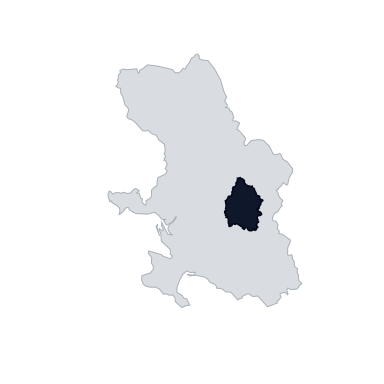 Ukraine, with Poltava highlighted, rotated 53°
{"feature_id": "UKR-330", "entity_name": "Poltava", "entity_type": "Region", "adm_level": 1, "iso_a3": "UKR", "parent_name": "Ukraine", "parent_adm1": "", "projection": "albers", "projection_center": [33.89, 49.646], "detail": "fine", "context": "in_parent", "style": "filled", "palette": "ink", "viewbox_px": 384, "rotation_deg": 53, "n_neighbors": 0, "source": "natural_earth", "source_scale": "10m", "svg_char_len": 8725}
<svg xmlns="http://www.w3.org/2000/svg" viewBox="0 0 384 384"><g transform="rotate(53 192 192)"><path d="M255.0,255.1L259.0,261.1L262.4,264.1L264.1,264.2L268.6,262.0L271.6,262.6L274.2,260.6L281.0,261.8L279.1,265.6L278.2,269.6L269.5,271.3L266.2,269.1L262.7,269.3L260.9,272.1L257.5,274.2L256.4,276.4L250.1,276.4L246.0,278.4L242.8,282.8L239.3,285.5L236.5,286.4L232.2,285.3L228.7,282.4L231.5,274.1L230.5,269.6L227.8,267.4L224.4,267.2L219.9,263.5L214.8,263.9L213.1,262.1L223.7,254.1L226.0,253.7L232.4,249.4L231.3,245.9L228.6,246.8L224.8,244.0L212.8,246.0L205.7,241.6L202.3,241.1L201.5,240.0L205.0,239.2L205.3,237.6L200.5,236.5L198.0,234.5L211.1,236.7L214.7,233.4L211.0,234.5L207.4,233.7L206.0,232.6L204.5,229.2L204.5,224.5L203.0,220.3L201.8,218.9L204.1,225.8L203.2,232.4L197.7,231.8L198.3,229.2L195.6,232.6L191.2,232.6L185.6,234.1L183.0,240.7L175.4,249.9L168.6,252.7L166.4,252.1L165.4,252.8L164.8,255.6L165.9,257.1L166.5,261.8L166.1,263.8L163.9,261.0L161.2,259.7L158.2,259.9L152.6,262.2L150.7,261.6L150.8,263.0L150.2,263.4L145.2,261.7L143.0,260.2L141.5,257.6L143.2,256.6L146.3,256.4L146.5,252.9L150.7,248.8L151.0,246.8L154.6,244.3L155.8,241.4L154.8,236.9L155.4,234.7L159.3,233.4L159.3,236.8L160.2,236.5L161.1,234.8L166.1,236.7L167.7,235.7L169.7,238.1L173.6,237.7L174.6,236.6L171.3,233.7L171.9,229.3L170.9,226.8L166.2,223.3L165.4,219.4L166.0,216.0L163.6,214.5L159.9,210.5L161.5,203.8L161.4,201.2L160.4,199.2L157.2,199.3L155.1,195.2L151.3,194.2L150.1,195.5L149.6,194.1L148.3,194.1L148.5,192.5L147.7,191.8L144.5,191.1L143.8,189.5L140.6,187.0L136.5,185.2L134.1,186.5L133.0,186.0L131.2,187.3L125.2,186.4L121.4,189.0L116.3,189.9L115.6,192.0L113.5,194.6L102.3,195.4L97.4,196.9L95.7,198.5L92.7,198.9L88.4,193.2L86.9,192.7L81.9,193.0L74.2,189.9L70.1,189.4L66.2,186.5L64.6,188.2L61.6,189.2L61.6,187.2L60.4,185.1L57.6,184.1L56.9,182.3L54.4,180.7L53.5,176.9L51.6,176.7L52.3,172.9L55.1,170.5L60.3,162.0L64.8,163.5L65.0,162.5L63.2,160.1L64.0,157.2L63.6,151.3L64.7,149.9L70.8,143.7L82.5,133.9L86.5,133.7L88.7,131.1L89.0,129.0L87.8,124.8L89.9,123.7L89.8,123.0L88.4,121.2L87.2,116.6L84.8,111.9L85.3,109.9L84.6,106.9L85.0,104.7L87.7,104.4L89.9,106.0L92.7,104.4L96.7,100.1L107.2,99.9L119.6,101.7L131.7,106.3L137.0,107.2L139.0,111.1L143.5,111.4L144.7,112.2L144.7,114.4L147.2,111.9L149.4,112.9L152.0,111.9L158.0,113.9L158.6,116.0L159.8,116.6L161.7,114.2L165.6,112.4L168.8,118.4L172.0,117.4L181.0,116.8L183.1,118.8L183.4,120.6L186.5,122.1L187.8,120.1L186.6,114.3L187.5,112.1L190.2,107.3L193.6,103.9L202.3,102.7L210.3,104.3L212.7,102.9L213.9,99.1L215.0,98.3L220.4,99.7L225.4,97.7L233.9,97.6L236.6,99.8L239.4,106.3L243.6,111.0L243.4,112.5L239.6,113.4L239.5,114.2L240.7,116.4L241.2,120.9L241.9,121.5L241.0,123.5L245.1,123.9L248.4,125.4L253.6,124.6L255.1,127.9L257.4,128.3L257.5,130.5L259.4,135.8L258.8,138.5L259.1,140.2L261.9,144.2L263.2,144.7L266.4,142.5L269.8,143.1L272.8,146.0L275.7,145.9L277.6,147.6L279.7,145.5L289.6,142.3L292.1,145.0L292.6,146.8L294.2,149.2L299.7,153.4L301.2,152.9L301.5,150.8L302.7,150.1L305.8,152.0L308.8,152.1L313.1,154.9L317.0,153.9L319.1,156.4L321.6,156.6L326.7,159.9L331.3,159.4L331.3,162.9L332.4,164.3L332.4,167.1L329.4,171.8L326.3,173.4L327.5,175.5L331.3,176.7L331.6,177.4L328.4,178.0L327.1,179.7L326.4,183.3L329.5,184.2L330.7,188.4L330.2,189.8L332.0,190.5L329.2,200.8L314.7,202.0L312.1,206.3L307.8,207.9L306.6,209.2L305.6,214.9L306.9,215.9L305.7,218.3L306.1,220.3L295.3,221.3L292.1,225.2L287.4,226.3L283.5,230.3L281.7,229.2L279.6,229.3L275.1,232.0L271.0,231.9L267.8,233.0L260.9,238.9L257.8,244.0L254.7,245.5L259.0,241.4L259.1,239.2L258.1,237.6L255.4,241.7L251.9,243.6L252.1,248.4L255.0,255.1ZM207.5,244.2L197.9,241.5L197.1,238.7L199.1,241.2L207.5,244.2Z" fill="#d9dde1" stroke="#a8b0b8" stroke-width="1"/><path d="M218.5,144.6L219.8,143.9L220.1,143.9L220.6,143.8L220.8,143.8L220.8,143.7L221.1,143.2L221.3,143.0L221.6,142.8L221.9,142.7L222.0,142.6L222.1,142.3L222.3,142.1L222.5,142.0L222.8,141.8L223.1,141.5L223.6,140.4L224.2,140.8L225.6,140.9L225.8,140.9L226.0,140.6L226.2,140.4L226.7,140.3L227.0,140.3L227.3,140.5L227.8,140.8L232.4,141.7L233.6,142.3L233.9,142.3L234.0,142.1L234.4,142.0L235.0,142.0L235.4,141.8L235.4,141.7L234.9,141.4L234.9,141.2L235.0,141.1L235.8,140.8L236.3,140.6L236.5,140.7L236.9,141.2L237.4,141.6L238.5,142.1L238.7,141.7L238.9,141.5L239.0,141.5L239.4,141.6L239.5,141.6L239.6,141.4L239.6,141.2L240.0,141.0L240.3,140.8L240.6,140.7L240.8,140.7L240.9,140.4L241.0,140.4L241.5,140.6L241.6,141.3L241.6,142.5L241.7,142.9L242.1,143.4L242.6,144.0L243.3,144.6L243.4,144.8L243.5,145.0L243.4,145.5L243.3,145.8L243.4,146.5L243.4,146.8L243.6,147.0L243.8,147.0L243.9,146.8L244.1,146.7L244.3,146.8L244.4,147.3L244.6,147.5L244.7,147.8L244.8,147.9L245.4,148.3L245.5,148.4L245.5,148.6L245.5,148.9L245.5,149.1L245.4,149.2L245.2,149.3L244.9,149.3L244.8,149.5L244.8,149.8L244.8,150.0L245.0,150.3L245.0,150.6L245.5,150.4L246.0,150.3L247.5,150.5L248.0,150.5L248.1,150.4L248.4,149.8L248.4,149.7L248.5,149.6L249.0,149.9L249.4,149.8L249.8,149.5L250.2,149.4L251.6,149.7L251.8,150.0L251.8,151.3L251.7,151.9L251.7,152.0L251.0,152.7L250.7,153.2L250.9,153.8L251.0,154.6L251.2,154.8L251.4,155.1L251.5,155.2L251.9,155.4L252.1,155.6L252.3,155.7L252.6,155.8L253.3,155.8L253.5,155.9L253.8,156.3L254.7,156.7L255.0,156.8L255.3,156.6L255.6,156.6L255.9,156.9L256.1,157.1L256.1,157.4L256.1,158.1L256.1,158.5L256.2,158.9L256.3,159.1L256.4,159.3L256.7,159.5L256.8,159.6L256.9,160.1L257.0,160.2L257.4,160.3L257.5,160.4L257.5,160.6L258.5,160.9L258.8,160.9L258.9,160.6L259.0,160.5L259.5,160.5L259.8,161.0L259.6,161.2L259.6,161.3L259.7,161.7L260.4,162.9L260.5,163.3L260.6,163.5L260.4,163.5L260.1,163.6L259.4,163.6L259.3,163.9L259.4,164.0L259.7,164.1L259.9,164.4L260.3,164.6L260.5,164.9L260.4,165.0L260.0,165.1L259.8,165.4L258.9,165.1L258.7,165.2L258.2,165.3L258.1,165.6L258.1,165.9L258.3,166.4L258.4,166.5L258.7,166.7L258.7,166.8L258.7,167.0L258.9,167.3L258.9,167.5L258.5,168.0L258.1,168.7L257.6,169.2L257.4,169.4L256.6,169.9L256.3,169.9L254.7,169.8L254.5,169.7L254.3,169.6L254.1,169.4L253.8,169.3L253.7,169.4L252.9,170.2L252.8,170.5L252.7,170.7L252.6,170.9L252.6,171.0L253.0,171.7L253.2,172.4L253.2,172.7L253.2,172.9L253.1,173.0L252.7,172.7L252.2,172.6L251.9,172.8L251.8,173.2L251.7,173.4L251.5,173.5L251.3,173.5L251.2,173.4L251.2,173.2L251.4,173.0L251.4,172.9L250.8,172.6L250.7,172.6L250.4,172.8L250.0,172.8L249.7,173.0L249.4,173.3L249.1,173.5L247.9,173.9L247.3,174.0L244.6,175.2L244.4,175.2L244.2,175.2L244.2,175.3L244.2,175.6L244.1,175.8L243.9,176.1L243.7,176.3L243.3,176.7L243.2,176.8L243.2,177.0L243.6,177.1L243.4,177.3L243.2,177.4L242.9,177.5L242.7,177.7L242.6,177.9L242.3,178.5L242.2,178.9L242.1,179.0L242.1,179.3L242.1,179.6L242.7,180.2L242.8,180.4L242.8,180.8L242.7,181.0L242.2,181.4L242.2,181.5L242.2,181.8L242.5,182.1L242.5,182.3L242.4,182.4L242.0,182.7L241.6,183.0L241.4,183.0L240.9,182.4L240.4,182.1L239.6,182.0L239.3,181.9L238.9,181.6L238.6,181.6L236.7,180.3L236.6,180.2L236.3,179.7L236.2,179.6L235.9,179.5L235.7,179.4L235.1,179.4L234.9,179.3L234.4,178.9L233.9,178.9L233.9,179.0L233.7,179.1L233.4,179.2L233.1,179.3L232.9,179.9L232.9,180.0L232.7,180.1L232.6,179.8L232.4,179.4L232.1,179.1L231.6,178.9L231.4,178.8L231.2,179.2L231.0,179.3L230.8,179.3L230.7,179.3L230.6,179.1L229.8,178.7L229.4,178.4L228.9,178.2L228.7,178.1L228.4,178.4L228.2,178.4L228.0,178.2L227.7,178.0L227.3,177.4L227.0,177.2L227.2,176.9L227.3,176.8L227.3,176.4L227.6,176.3L227.7,176.2L227.6,175.9L227.1,175.8L227.1,175.7L226.9,175.4L225.5,175.3L225.3,175.1L225.1,174.8L225.0,174.6L224.6,174.0L222.9,172.6L219.1,170.7L219.2,169.6L219.2,169.2L218.5,167.2L218.4,167.1L217.7,166.2L217.5,165.7L217.4,165.5L217.4,165.4L218.1,164.4L218.2,164.2L218.6,164.0L218.7,163.9L218.8,163.3L218.6,162.8L218.5,162.6L218.1,162.3L218.0,162.2L217.9,161.9L217.9,161.2L217.8,160.9L216.1,160.3L215.9,160.1L215.9,159.9L215.9,159.3L215.9,158.9L215.8,158.6L215.3,158.2L215.2,158.2L215.0,158.3L214.9,158.3L214.6,157.9L214.4,157.7L214.2,157.6L213.9,157.7L213.5,157.3L212.9,156.3L212.8,155.9L212.9,155.7L213.0,155.6L213.3,155.7L213.5,155.6L213.5,154.9L213.6,154.2L213.6,153.8L213.6,153.7L213.1,153.4L212.4,151.8L212.2,151.8L211.8,151.8L211.5,151.7L211.2,151.5L210.9,150.3L210.9,150.2L211.5,150.0L211.5,149.9L211.6,149.5L211.5,149.3L211.4,149.2L210.8,149.5L210.6,149.4L210.3,149.0L210.1,148.9L209.8,148.8L209.7,148.8L209.6,148.6L209.4,148.2L209.1,147.8L209.0,147.6L208.9,147.3L208.5,147.3L209.0,146.6L208.9,146.2L209.2,145.7L209.6,144.7L210.5,144.7L210.8,144.9L211.0,144.8L211.2,144.7L211.4,144.5L211.7,144.0L211.8,143.8L212.9,143.4L213.2,143.3L213.3,143.4L213.6,143.7L213.8,143.7L214.3,143.4L214.6,143.4L214.8,143.4L214.9,143.5L215.0,144.1L215.1,144.3L215.5,144.4L217.0,144.5L217.6,144.4L217.8,144.4L217.9,144.5L218.0,144.6L218.5,144.6Z" fill="#0f172a" stroke="#020617" stroke-width="1.5"/></g></svg>